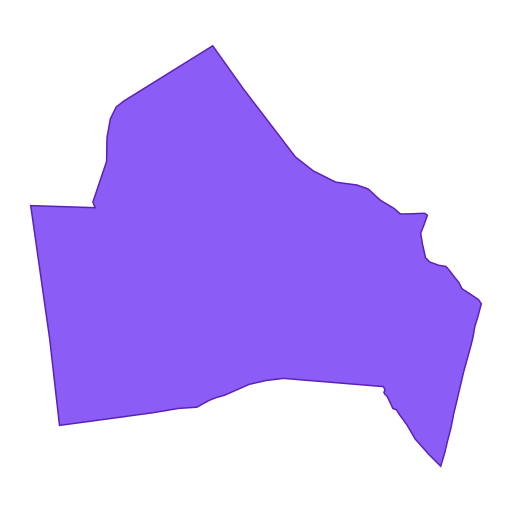 outline of Galabat Ash-Shargiah, Gedarif, Sudan
{"feature_id": "16777658B9065455828294", "entity_name": "Galabat Ash-Shargiah", "entity_type": "district", "adm_level": 2, "iso_a3": "SDN", "parent_name": "Sudan", "parent_adm1": "Gedarif", "projection": "robinson", "projection_center": [35.988, 13.403], "detail": "fine", "context": "isolated", "style": "filled", "palette": "violet", "viewbox_px": 512, "rotation_deg": 0, "n_neighbors": 0, "source": "geoboundaries", "source_scale": "gbopen_adm2", "svg_char_len": 1239}
<svg xmlns="http://www.w3.org/2000/svg" viewBox="0 0 512 512"><path d="M59.5,425.4L152.4,412.8L178.6,408.4L196.9,407.2L202.7,403.9L209.3,400.3L216.4,397.5L224.4,395.3L249.1,384.4L266.0,380.5L283.4,378.4L296.5,379.4L296.8,379.5L383.4,386.6L385.1,390.0L383.9,392.2L384.6,393.9L387.3,396.6L391.0,404.4L392.9,408.6L396.3,409.7L399.5,414.7L406.8,424.7L415.3,439.2L429.2,454.8L438.1,463.6L440.7,466.2L444.8,452.6L447.6,440.7L450.8,428.6L453.3,416.1L453.5,414.5L455.2,407.7L458.6,393.4L463.6,372.1L470.8,346.1L473.0,337.1L474.8,326.6L477.7,317.3L481.3,303.8L478.5,299.7L471.3,294.8L462.0,288.7L458.8,282.4L454.8,277.5L449.2,270.2L446.0,266.5L438.8,265.3L429.5,261.9L425.5,257.7L423.1,246.8L422.4,244.0L421.5,238.3L420.7,233.2L424.2,224.3L427.4,215.3L425.0,213.4L422.9,213.3L408.7,213.9L406.0,213.9L402.7,214.0L400.2,213.8L398.6,212.4L393.9,208.3L382.6,201.6L380.4,200.2L376.4,196.6L368.2,189.0L357.0,185.0L348.6,183.9L344.7,183.4L341.2,182.9L335.8,182.2L313.4,171.0L295.5,157.0L290.6,150.7L286.4,145.2L280.5,137.4L266.7,119.4L243.3,88.8L212.7,45.8L124.0,100.9L116.2,107.0L110.4,118.7L107.0,137.6L106.8,148.4L106.6,161.4L92.9,202.0L95.1,207.7L30.7,205.6L45.8,311.6L49.6,338.2L59.5,425.4Z" fill="#8b5cf6" stroke="#5b21b6" stroke-width="1.5"/></svg>